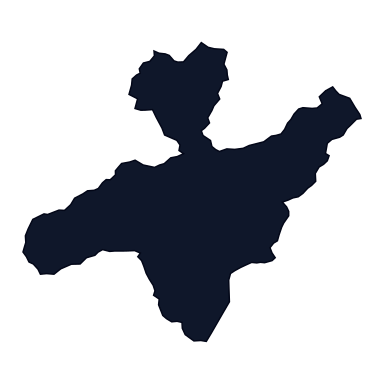 outline of São Bento do Sapucaí, São Paulo, Brazil
{"feature_id": "56859067B581807535361", "entity_name": "São Bento do Sapucaí", "entity_type": "district", "adm_level": 2, "iso_a3": "BRA", "parent_name": "Brazil", "parent_adm1": "São Paulo", "projection": "mercator", "projection_center": [-45.684, -22.68], "detail": "fine", "context": "isolated", "style": "filled", "palette": "ink", "viewbox_px": 384, "rotation_deg": 0, "n_neighbors": 0, "source": "geoboundaries", "source_scale": "gbopen_adm2", "svg_char_len": 2452}
<svg xmlns="http://www.w3.org/2000/svg" viewBox="0 0 384 384"><path d="M201.3,42.6L196.1,49.3L188.8,55.6L183.5,61.9L177.8,62.1L174.0,60.9L169.2,55.4L165.2,53.9L159.0,53.2L154.0,51.0L154.4,55.8L149.8,61.4L143.4,63.0L139.3,68.8L140.2,73.2L136.6,75.0L132.2,78.9L131.6,85.1L129.0,94.4L137.6,98.8L135.0,108.5L140.8,110.2L145.2,110.1L152.5,109.6L156.2,117.3L162.0,128.1L164.6,135.0L176.8,140.3L180.0,145.0L179.0,150.5L183.6,153.7L177.2,156.6L170.8,157.8L164.2,163.7L159.6,165.0L154.6,167.4L143.2,165.0L135.1,160.2L129.8,162.0L121.6,163.5L118.4,167.2L115.4,170.8L115.5,174.8L110.2,179.8L106.2,179.6L102.5,182.8L98.3,188.5L94.2,190.3L87.5,190.8L82.9,193.9L74.6,198.2L70.7,204.7L64.5,210.4L59.0,210.1L47.6,214.5L44.0,213.9L32.8,219.4L28.2,228.8L25.4,235.8L25.8,242.5L24.4,247.1L23.0,252.0L26.4,256.7L29.0,262.0L33.3,264.0L38.0,269.2L40.4,274.2L46.6,273.6L54.0,274.2L60.8,268.8L71.4,264.2L80.1,264.0L86.5,257.7L94.9,255.3L98.1,252.1L102.6,249.6L109.7,251.4L114.5,251.0L121.8,251.0L126.8,250.9L134.7,250.6L140.4,253.1L137.8,256.7L141.6,260.6L143.8,266.2L146.2,273.3L149.4,279.3L153.2,285.3L155.0,290.8L153.6,295.3L159.2,299.0L158.6,304.8L162.8,315.5L166.6,318.7L171.7,321.8L177.1,321.3L182.0,322.4L182.3,328.3L185.2,334.6L189.3,337.6L193.9,340.9L200.9,340.5L206.3,341.4L211.3,333.1L221.9,314.7L229.4,301.8L228.9,287.1L228.7,280.1L230.5,273.5L234.7,270.7L240.5,267.5L245.6,265.1L251.6,262.4L256.8,262.9L260.4,262.3L264.6,262.7L272.1,260.6L275.2,257.7L272.0,252.9L270.0,247.7L273.6,243.1L277.4,240.8L279.1,234.7L281.7,227.1L283.7,223.0L288.7,215.8L288.7,211.4L286.6,206.9L282.3,202.1L288.1,200.1L292.9,197.9L298.2,196.8L302.9,193.4L307.7,188.2L311.7,185.3L315.7,181.3L315.3,173.4L319.1,167.0L323.6,164.3L327.3,160.8L329.1,155.7L325.5,153.5L327.3,143.3L331.9,139.4L339.7,137.2L343.2,135.0L347.0,128.5L350.0,125.7L356.5,119.2L361.0,118.5L359.8,114.5L355.1,107.4L349.7,98.3L339.1,94.4L335.7,90.8L332.7,86.9L325.7,90.7L319.3,96.8L322.2,103.8L317.1,108.0L312.1,108.4L302.9,107.7L298.7,109.0L294.1,114.0L290.9,119.5L287.6,123.1L284.6,129.4L281.0,134.0L276.0,135.4L271.4,136.1L263.8,141.8L249.2,145.5L243.2,148.3L234.7,149.4L226.8,148.9L219.4,151.5L215.7,149.6L211.9,146.5L210.5,140.5L203.0,135.5L201.3,130.7L204.5,128.3L209.5,122.9L207.7,117.8L211.9,110.5L213.9,105.8L219.7,99.0L217.5,93.4L221.1,86.5L222.5,81.2L228.3,79.5L227.3,75.1L226.9,69.9L223.9,64.2L227.1,52.3L223.7,49.4L214.4,48.8L208.1,47.3L201.3,42.6Z" fill="#0f172a" stroke="#020617" stroke-width="1.5"/></svg>